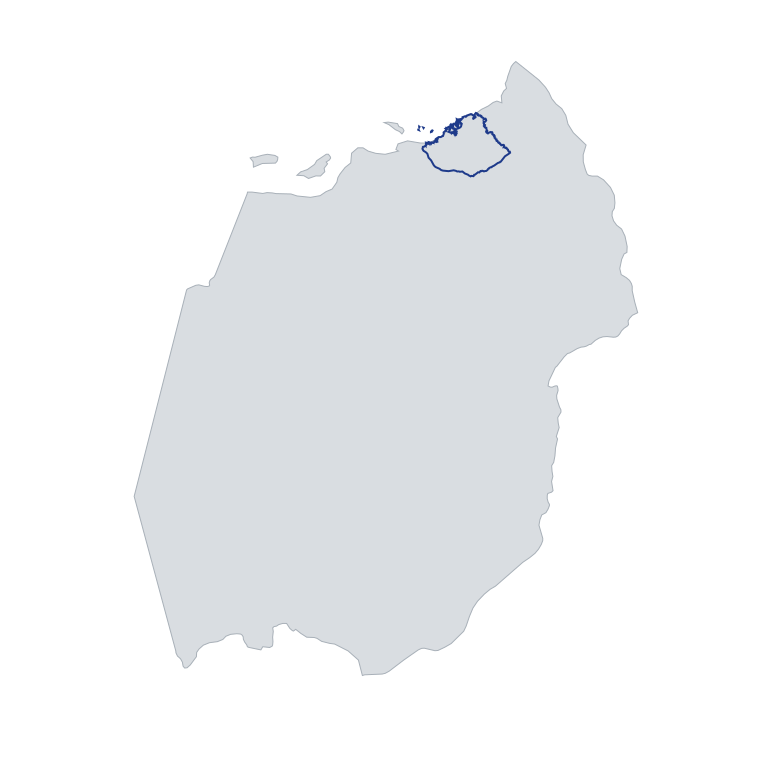 location of Kilwa, Lindi, United Republic of Tanzania, rotated 256°
{"feature_id": "72390352B7880721655308", "entity_name": "Kilwa", "entity_type": "district", "adm_level": 2, "iso_a3": "TZA", "parent_name": "United Republic of Tanzania", "parent_adm1": "Lindi", "projection": "albers", "projection_center": [39.276, -9.089], "detail": "fine", "context": "in_parent", "style": "outline", "palette": "blue", "viewbox_px": 768, "rotation_deg": 256, "n_neighbors": 0, "source": "geoboundaries", "source_scale": "gbopen_adm2", "svg_char_len": 9693}
<svg xmlns="http://www.w3.org/2000/svg" viewBox="0 0 768 768"><g transform="rotate(256 384 384)"><path d="M288.7,539.1L280.5,535.0L273.0,532.5L266.9,529.7L264.2,526.9L258.5,525.9L253.5,525.5L248.9,523.0L239.6,522.2L238.5,520.4L238.2,516.5L236.6,515.5L233.2,514.6L229.5,514.7L227.3,515.4L226.0,515.1L222.9,512.9L220.0,510.0L218.8,505.4L214.5,502.4L209.5,500.2L195.8,500.7L193.6,500.1L190.3,497.8L186.4,494.0L183.2,489.6L180.4,483.6L177.4,475.5L160.9,443.3L159.1,437.2L155.8,430.4L150.6,422.2L145.1,416.1L137.7,410.6L129.3,405.2L124.8,401.5L115.9,386.4L113.9,379.3L112.4,371.9L112.9,368.9L117.9,359.2L118.4,356.5L117.7,352.9L114.8,345.3L111.3,336.2L104.1,319.5L103.0,315.3L103.0,312.1L106.5,294.9L106.4,292.5L122.3,292.4L133.7,284.6L143.6,273.2L145.5,268.5L149.4,261.2L153.4,257.5L154.9,255.0L157.0,247.8L162.2,242.9L167.3,239.0L166.2,236.4L166.9,235.4L169.7,233.5L175.2,231.6L176.2,227.8L176.0,223.6L175.1,221.2L175.2,218.5L174.3,217.0L170.7,216.7L165.3,214.7L160.8,213.9L157.7,212.8L156.6,211.9L156.0,209.3L158.4,202.8L155.8,200.2L161.1,189.2L162.1,187.9L164.1,187.7L167.3,186.4L170.3,185.8L172.7,186.2L174.5,185.7L176.0,184.5L177.3,180.8L178.2,174.6L177.5,169.6L175.1,165.8L174.3,160.0L175.2,152.1L174.3,145.5L171.6,140.4L168.9,137.3L164.8,136.0L158.3,128.1L156.3,124.3L156.6,121.9L158.8,120.8L162.8,121.1L166.6,120.1L170.0,117.8L173.5,117.1L175.3,117.4L335.4,114.4L523.0,215.2L523.8,216.4L525.3,225.3L525.0,228.3L522.2,233.4L521.3,236.1L521.3,237.9L522.0,238.7L524.5,238.9L526.5,240.1L527.3,241.1L528.9,244.9L530.9,246.8L601.6,297.2L603.2,298.0L602.2,302.2L598.2,312.5L598.0,316.8L596.4,321.9L594.9,325.2L590.9,339.7L587.5,345.1L582.9,357.8L582.2,367.6L584.7,374.4L585.7,380.8L591.1,387.0L595.4,389.2L598.4,392.1L603.5,398.6L606.5,405.2L615.8,408.4L619.5,415.8L618.2,420.8L613.8,425.0L609.8,431.8L606.6,440.7L606.5,454.4L608.7,452.3L613.6,455.7L614.2,465.7L609.1,477.4L607.6,482.9L607.3,487.6L611.0,501.6L616.6,508.7L616.1,511.0L614.7,512.9L624.2,525.5L623.4,536.5L626.9,545.0L628.5,552.4L630.8,558.1L631.2,562.0L628.3,566.4L635.2,567.5L639.3,571.0L641.2,574.4L646.2,574.3L648.9,576.6L652.7,578.6L661.3,584.3L663.6,587.2L665.0,589.9L641.4,607.9L632.8,612.5L626.7,614.6L620.2,615.8L614.0,618.7L608.2,623.1L600.7,625.4L591.6,625.4L582.0,628.5L567.0,637.9L558.2,632.7L551.3,631.1L543.4,631.3L538.6,631.9L536.9,633.1L535.4,636.2L534.1,641.4L529.0,646.4L519.9,651.3L511.5,653.1L503.9,651.9L498.7,650.0L496.0,647.2L492.0,645.9L486.7,646.2L481.7,648.2L476.9,652.0L469.2,653.6L458.6,653.2L452.9,651.5L452.1,648.4L447.5,644.8L439.0,640.7L432.7,640.6L428.7,644.7L425.1,647.3L421.8,648.3L418.8,648.5L414.5,647.4L402.9,647.1L391.8,647.4L390.6,641.6L388.3,638.1L386.2,636.1L382.4,635.6L381.3,634.0L380.0,630.4L378.1,627.3L375.6,624.8L374.0,622.5L373.5,620.3L373.9,617.9L376.1,611.9L376.8,607.9L376.5,603.7L375.2,599.5L372.5,594.4L372.7,592.9L371.8,589.5L371.7,587.1L372.1,584.0L371.6,580.0L369.2,571.6L369.2,569.4L366.7,565.3L359.2,555.7L358.8,554.4L347.1,544.8L342.4,542.7L340.8,544.6L340.2,546.3L340.7,549.4L340.5,551.0L340.0,551.7L337.2,551.6L335.5,551.3L331.1,548.7L327.7,548.1L319.2,548.7L316.2,549.4L313.9,548.9L309.3,544.4L304.0,543.6L299.3,543.4L291.4,538.5L288.7,539.1ZM617.0,372.8L620.9,383.6L620.4,385.6L617.7,386.8L616.2,386.9L614.6,385.2L613.4,381.6L611.3,382.5L607.8,378.1L604.3,377.9L601.2,372.7L602.4,368.2L601.7,360.5L605.5,356.6L607.6,350.0L610.0,354.5L610.6,361.5L613.9,369.8L617.0,372.8ZM635.7,308.8L636.0,311.3L635.2,313.7L635.4,321.4L635.1,326.4L632.2,333.4L629.8,335.9L627.7,335.2L626.0,334.1L624.6,332.1L627.4,319.3L626.0,309.8L631.4,310.8L635.7,308.8ZM627.7,464.0L625.0,464.7L624.0,464.0L622.3,461.9L625.2,460.1L628.0,456.6L634.5,451.5L637.6,447.4L637.1,451.4L633.4,460.1L630.3,460.7L627.7,464.0Z" fill="#d9dde1" stroke="#a8b0b8" stroke-width="1"/><path d="M604.4,478.5L604.4,478.8L604.2,478.9L602.9,478.2L602.6,478.4L601.4,478.5L600.5,478.9L600.0,479.5L598.3,481.0L596.8,481.8L592.8,482.0L589.6,483.8L584.3,485.2L582.9,485.9L581.9,486.7L579.2,490.2L578.6,490.5L577.7,491.3L576.8,492.8L574.9,498.1L574.5,503.3L573.4,505.4L572.5,506.4L572.2,508.1L571.6,508.9L571.2,511.5L568.7,513.4L566.8,516.1L565.8,516.8L564.5,518.3L564.8,519.1L564.0,521.1L564.2,521.4L565.2,522.1L565.1,523.0L566.7,526.5L566.2,527.7L567.3,529.2L566.9,530.1L567.2,530.8L566.9,531.2L566.7,531.8L566.2,532.2L566.1,532.5L566.2,533.3L566.0,534.8L566.6,536.2L567.3,536.8L567.6,537.4L567.6,537.9L568.2,538.4L568.5,540.2L568.3,540.8L568.8,541.5L569.3,543.8L570.9,547.9L571.1,550.1L571.5,550.5L571.5,551.1L575.7,556.5L577.1,560.5L577.9,562.3L579.0,562.3L579.4,561.3L580.1,561.0L580.7,561.0L581.1,560.8L581.5,561.0L582.5,560.1L582.9,560.2L583.2,559.8L583.7,559.8L583.9,559.3L583.7,558.8L584.0,558.5L584.7,558.3L584.8,557.5L585.4,558.0L585.7,557.9L586.3,558.2L586.5,558.0L587.0,558.0L587.2,557.6L587.0,557.3L587.3,556.8L587.3,556.4L587.1,556.0L587.3,555.5L587.7,555.3L588.1,555.4L588.7,554.7L589.4,554.8L589.7,554.2L590.4,554.1L590.4,553.7L590.6,553.7L590.8,553.2L592.4,552.8L592.6,552.1L592.9,552.1L593.0,552.6L593.6,552.2L594.1,552.3L594.3,551.6L595.2,551.4L595.6,551.5L595.8,551.1L596.2,550.8L597.0,551.1L597.5,550.8L597.8,551.4L598.3,551.3L599.0,551.0L599.2,550.3L599.7,550.1L599.6,549.9L600.1,549.5L600.5,549.6L600.6,549.9L600.9,550.0L602.1,549.9L602.3,549.5L602.1,549.1L602.6,548.5L602.4,548.2L602.7,547.8L602.4,546.4L602.6,546.1L602.3,545.8L602.6,545.6L602.3,545.3L602.6,545.1L602.9,544.5L603.5,544.2L604.3,544.2L604.3,545.0L604.9,545.4L605.3,545.0L606.5,545.2L607.2,545.0L607.8,545.2L608.0,544.5L608.3,544.2L608.6,544.3L609.0,543.8L610.2,543.3L610.5,543.7L610.5,544.3L610.8,544.2L611.0,544.4L611.3,543.9L611.8,543.8L612.5,544.1L613.1,543.7L614.2,544.2L614.0,545.7L615.1,547.0L616.4,546.9L616.9,546.7L617.0,546.4L616.7,545.7L616.9,545.2L616.7,544.7L617.6,545.0L618.4,544.5L618.6,543.9L619.0,543.8L619.3,543.4L620.0,543.4L620.1,542.9L620.8,543.0L621.3,542.4L621.0,542.2L621.3,541.7L621.3,541.1L621.8,540.6L622.5,540.6L622.4,540.3L622.7,540.0L622.6,539.8L623.0,539.7L623.1,540.0L624.1,539.7L624.8,538.7L623.4,536.9L622.1,536.9L621.5,537.4L620.6,537.3L620.3,536.3L620.9,536.1L619.7,535.0L619.9,534.7L620.4,534.8L620.5,535.3L621.2,536.0L622.2,536.3L623.4,535.0L624.4,534.5L624.9,533.7L624.4,529.2L623.8,528.8L623.5,528.1L623.9,527.9L624.2,527.5L623.9,524.9L623.2,525.0L622.8,524.0L622.5,523.7L622.3,523.9L622.1,523.7L622.1,524.0L622.1,523.5L621.2,522.0L621.0,521.1L620.3,520.5L619.6,520.2L619.2,521.1L618.3,521.0L618.4,521.5L618.8,521.7L617.7,522.4L615.2,521.0L614.5,519.9L614.1,518.3L614.0,517.0L614.7,517.2L614.8,517.5L615.3,517.9L615.8,517.5L616.9,517.4L616.7,516.9L617.6,516.3L618.6,516.2L619.0,516.5L619.1,516.3L619.7,515.0L619.7,514.5L618.8,514.2L619.2,513.2L619.0,512.9L618.5,512.7L618.1,513.3L617.5,513.5L616.1,512.8L615.8,512.5L615.4,512.5L615.4,512.9L614.6,513.5L614.7,513.9L614.3,514.0L614.4,514.7L614.1,515.0L614.0,514.0L613.8,514.1L613.6,513.9L612.9,514.1L612.5,515.0L611.8,514.6L612.3,513.7L611.7,513.5L612.2,512.9L612.1,512.4L611.8,512.4L611.9,512.7L611.8,512.9L611.4,512.6L611.1,512.9L610.8,512.9L610.9,513.4L610.6,513.5L610.8,514.0L610.6,514.1L610.8,514.3L610.5,514.4L610.4,514.9L610.5,515.2L610.1,515.0L610.2,514.8L610.0,514.6L609.6,514.8L609.6,514.5L609.3,514.4L609.7,514.2L609.3,514.2L609.6,513.7L609.3,513.5L609.6,513.5L609.7,513.1L609.4,513.0L609.6,513.2L608.9,513.7L608.8,513.4L608.5,513.3L608.7,512.9L609.2,512.9L610.9,512.2L610.9,511.2L611.3,511.2L611.8,510.5L611.2,510.0L611.8,509.8L611.9,509.2L612.5,508.4L612.4,509.2L612.6,508.8L613.3,508.3L613.4,508.6L613.8,508.9L615.0,508.9L615.0,509.6L615.8,509.6L616.4,510.7L616.7,510.5L616.6,510.8L617.0,510.8L617.2,511.6L617.5,511.9L617.3,512.3L617.7,512.7L618.0,511.9L618.6,512.1L619.8,511.7L619.5,511.2L618.3,510.7L617.9,510.2L617.7,509.7L617.9,509.7L617.9,508.6L617.2,507.8L617.1,507.1L617.3,507.1L617.5,506.5L617.0,506.5L616.9,505.6L615.8,506.4L615.2,505.2L614.7,505.3L614.6,505.1L614.4,504.0L613.7,502.7L612.5,502.6L610.4,501.3L610.5,500.6L610.1,500.0L609.9,498.8L610.4,496.8L609.6,494.6L609.3,495.1L609.2,495.0L608.5,493.4L607.9,493.1L607.7,493.2L607.8,492.8L607.7,492.8L607.6,492.5L606.8,493.6L607.1,494.2L606.8,494.0L606.6,494.4L606.3,494.4L606.4,493.8L606.1,493.7L606.1,493.3L606.5,493.1L607.0,492.0L606.9,491.7L606.6,491.5L606.4,491.0L606.7,489.6L606.6,489.2L606.4,489.3L606.5,489.1L606.3,489.1L606.2,488.2L605.9,487.9L606.2,487.9L606.3,487.7L606.5,487.9L606.5,488.2L606.9,488.1L606.8,487.2L607.5,486.7L607.8,486.1L607.1,486.2L607.5,486.4L607.3,486.7L607.3,486.4L607.0,486.3L606.5,487.2L606.3,486.8L606.0,486.9L606.4,485.7L606.6,485.7L606.7,486.1L607.2,486.0L607.5,486.1L607.6,485.7L607.2,485.4L607.3,485.8L607.0,486.0L606.8,485.3L606.6,485.3L606.5,485.6L606.3,485.2L606.6,484.9L607.3,485.1L607.3,484.6L607.9,483.4L607.2,483.5L607.3,483.7L607.1,484.0L607.4,484.1L606.9,484.8L606.7,484.8L606.6,483.8L605.9,483.0L606.0,482.9L605.7,482.9L605.3,482.4L605.5,482.3L605.8,482.7L605.6,482.2L605.2,482.1L605.4,482.0L605.3,481.7L604.7,481.0L604.6,480.5L604.7,479.2L604.4,478.5ZM620.5,517.5L619.7,517.2L619.8,517.4L619.5,517.6L620.2,518.4L619.6,518.5L619.8,519.3L620.4,519.4L620.4,519.0L620.9,518.1L621.3,518.0L621.7,518.5L622.0,519.4L621.2,518.6L621.2,519.1L620.9,519.2L621.4,519.5L621.1,519.6L622.0,520.2L622.1,520.9L622.4,521.3L622.6,521.5L622.7,519.8L622.9,519.7L623.0,519.0L623.3,518.7L622.3,518.6L620.7,517.3L620.5,517.5ZM618.2,492.4L618.4,492.2L618.3,491.7L617.5,490.6L617.1,490.5L617.2,491.5L618.2,492.4ZM618.6,518.3L618.3,517.9L618.1,518.0L617.9,518.2L618.1,518.5L617.9,518.6L618.4,518.7L618.6,518.3ZM622.0,479.2L622.5,479.1L622.6,478.8L622.4,478.7L622.0,479.2ZM624.9,480.7L625.3,480.4L625.0,480.3L624.9,480.5L624.7,480.5L624.9,480.7ZM623.0,484.5L623.2,484.2L622.8,484.3L623.0,484.5Z" fill="none" stroke="#1e3a8a" stroke-width="2"/></g></svg>